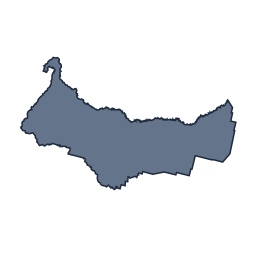 the district of Goondiwindi, Queensland, Australia, rotated 186°
{"feature_id": "25037944B7624735907381", "entity_name": "Goondiwindi", "entity_type": "district", "adm_level": 2, "iso_a3": "AUS", "parent_name": "Australia", "parent_adm1": "Queensland", "projection": "orthographic", "projection_center": [150.069, -28.463], "detail": "fine", "context": "isolated", "style": "filled", "palette": "slate", "viewbox_px": 256, "rotation_deg": 186, "n_neighbors": 0, "source": "geoboundaries", "source_scale": "gbopen_adm2", "svg_char_len": 5954}
<svg xmlns="http://www.w3.org/2000/svg" viewBox="0 0 256 256"><g transform="rotate(186 128 128)"><path d="M207.5,190.1L209.8,190.4L210.9,188.4L212.3,187.8L214.2,186.0L215.0,183.6L216.8,182.8L217.3,181.3L218.1,181.0L217.1,180.0L217.7,178.8L217.7,176.9L218.3,175.9L217.3,175.4L216.0,175.5L215.4,174.9L214.7,175.0L214.5,176.0L213.6,177.2L214.1,178.8L213.8,180.2L212.8,181.0L212.7,180.5L211.7,180.6L210.2,179.7L209.1,179.8L209.1,180.4L208.4,180.1L208.4,179.3L207.3,179.1L206.6,177.8L206.9,176.9L207.7,176.7L207.5,175.2L208.1,175.2L208.7,174.3L209.0,172.3L208.7,168.7L209.5,166.4L209.0,165.5L209.1,164.1L209.4,162.5L209.9,162.1L209.7,161.1L211.9,159.0L212.2,158.3L212.0,157.1L212.6,156.4L213.2,156.5L214.4,155.2L214.6,154.1L216.5,152.9L216.2,151.7L217.9,150.3L220.2,147.2L220.7,144.5L221.8,143.6L221.8,142.5L223.0,142.2L224.6,139.2L225.3,138.9L226.0,139.1L226.4,138.3L226.1,136.8L225.6,136.2L227.3,135.7L229.1,133.8L229.7,131.2L229.1,129.7L229.1,127.6L230.0,126.8L230.9,126.9L232.2,125.6L232.4,123.8L233.5,123.5L234.0,122.3L233.4,118.9L234.7,117.7L234.2,117.1L234.4,116.7L232.3,114.5L230.3,114.5L229.4,113.2L229.6,112.7L228.6,112.1L227.8,112.4L225.4,112.0L222.1,113.2L219.4,110.6L219.0,108.4L217.4,107.4L217.0,106.1L217.3,105.7L217.3,104.6L216.0,103.7L214.3,101.3L210.9,102.6L210.5,102.0L209.3,101.4L208.6,101.6L208.1,102.4L207.0,102.8L206.5,103.5L205.6,103.6L205.1,103.4L205.0,103.0L204.2,102.9L203.2,103.9L202.5,103.7L201.4,104.7L196.2,103.8L196.3,103.3L195.4,103.1L194.6,103.8L193.5,103.7L193.7,102.4L191.4,102.6L190.1,103.2L187.4,103.0L187.5,102.4L185.0,101.9L184.0,102.3L183.6,101.8L183.3,100.0L184.7,97.2L184.8,95.9L169.5,93.7L169.1,92.9L168.0,93.3L167.1,92.4L167.6,90.3L165.6,88.9L164.9,88.0L164.8,87.0L162.2,86.2L161.4,85.0L160.8,85.5L160.3,85.1L160.2,83.1L159.4,82.4L158.2,82.2L158.2,81.9L157.1,81.8L155.8,80.5L155.6,79.2L153.4,78.4L153.3,74.6L152.5,72.4L151.5,71.1L150.2,70.7L149.3,69.3L148.0,68.3L143.8,67.7L143.3,67.2L141.4,69.1L139.0,66.7L138.4,67.2L137.7,66.7L137.5,67.3L135.3,65.4L133.2,67.0L134.0,68.0L133.5,68.6L132.9,68.6L131.5,67.0L129.5,66.7L128.9,70.8L124.8,70.3L125.0,74.6L122.7,74.6L122.8,79.4L121.6,79.3L120.9,78.3L115.8,80.7L114.2,79.7L113.3,82.6L112.7,82.6L113.1,83.2L112.7,84.3L109.1,83.8L108.8,86.2L98.5,84.6L87.4,88.0L75.5,86.4L75.1,88.8L62.1,87.0L61.2,93.8L60.1,93.7L58.2,107.5L41.6,105.1L41.6,105.4L38.1,105.2L30.3,104.0L24.0,112.9L21.6,136.5L22.4,136.6L21.3,145.0L26.5,145.6L25.6,153.9L26.9,154.0L26.2,159.2L31.0,165.4L31.3,164.9L31.9,166.1L32.5,165.1L31.8,164.7L33.7,162.4L33.7,161.0L35.0,160.1L35.5,160.7L36.1,160.0L37.3,160.4L38.5,159.3L38.2,157.9L39.8,158.3L40.0,157.8L40.3,158.1L41.2,157.6L41.8,156.8L41.7,155.7L42.2,155.6L41.9,155.1L43.9,154.1L44.7,154.2L45.1,153.0L46.1,152.7L46.2,152.0L46.9,152.2L47.5,151.5L48.1,152.3L48.2,151.4L49.3,151.3L49.0,151.0L50.1,149.4L51.8,149.7L51.9,149.0L52.6,149.2L52.7,148.3L53.9,148.2L54.0,147.7L54.3,147.9L54.8,147.1L55.5,147.8L55.6,147.4L56.2,147.9L56.4,147.5L57.0,148.2L57.5,146.5L58.4,146.4L59.1,145.6L58.8,145.4L59.2,145.3L59.3,144.5L59.8,144.6L59.3,144.3L60.2,143.9L60.5,142.8L60.1,142.3L61.3,141.5L60.9,140.8L61.9,140.1L62.0,139.3L63.7,139.2L64.2,138.3L64.8,138.4L65.5,137.8L65.8,138.1L65.8,137.5L66.5,137.7L66.6,138.2L67.8,137.5L69.4,137.7L69.6,138.1L70.8,137.3L72.2,137.4L73.1,138.0L73.1,138.8L73.7,138.7L73.6,139.5L74.1,139.8L75.2,139.2L76.4,139.6L76.9,140.8L77.5,141.1L78.0,140.6L78.1,141.2L78.8,141.8L78.3,142.5L79.2,142.7L80.1,142.2L80.2,142.7L80.9,142.3L81.2,142.6L81.4,142.1L81.1,141.9L81.7,141.5L81.3,141.6L81.2,141.1L82.7,140.8L82.5,140.5L83.1,140.6L82.9,141.1L83.9,141.2L84.1,140.9L84.3,141.3L84.4,140.7L85.0,140.5L85.4,141.0L86.0,140.7L86.4,140.9L86.4,140.5L87.3,140.9L89.4,140.2L90.0,141.1L90.2,140.5L90.9,140.0L91.5,140.0L91.9,140.6L92.7,140.0L93.1,140.3L93.2,139.9L93.7,140.3L94.2,140.0L94.4,140.7L95.4,140.8L95.1,141.0L95.3,141.3L95.7,141.1L96.1,141.6L96.8,140.6L97.5,140.4L98.4,140.8L98.9,140.6L99.4,141.3L100.0,140.4L100.9,140.7L101.7,140.4L102.0,140.8L103.4,139.1L104.9,138.4L105.0,138.0L105.8,137.8L106.5,138.4L107.3,138.1L107.5,138.7L108.1,138.5L108.2,137.8L109.1,138.0L109.3,137.6L109.9,138.3L110.0,137.7L110.9,137.8L110.8,136.5L112.3,137.1L112.6,136.7L112.4,136.4L113.1,136.1L113.8,136.7L114.2,136.2L114.4,136.6L114.4,136.2L115.1,136.0L115.0,135.6L115.4,135.3L115.6,136.0L116.7,135.4L116.8,136.5L117.7,135.9L117.3,136.5L118.0,136.6L118.0,137.0L117.6,137.0L118.0,137.3L118.4,136.8L120.0,137.4L120.1,136.8L121.2,136.9L121.6,136.3L121.3,135.8L122.0,136.2L121.8,135.7L122.4,135.7L124.4,134.4L125.3,134.7L126.0,134.2L126.7,135.2L128.2,135.9L128.8,137.2L130.6,137.5L130.6,138.5L131.5,138.7L131.5,139.4L131.9,139.5L131.5,140.3L132.1,140.6L132.0,141.5L133.3,142.0L133.4,142.6L134.4,142.1L135.5,142.7L135.3,144.1L136.3,144.1L137.5,145.3L138.6,145.2L138.8,145.7L139.9,145.0L140.5,145.3L140.9,144.7L143.0,145.1L143.8,144.5L144.9,144.9L143.9,145.4L144.0,145.8L145.8,146.0L146.1,145.3L145.6,144.8L146.1,144.4L146.6,145.2L148.2,144.6L149.6,145.4L149.6,145.9L150.9,146.2L151.5,145.8L152.0,146.5L152.7,145.4L155.2,144.2L155.8,145.1L156.6,144.5L157.9,144.3L158.0,143.7L159.3,142.9L161.1,142.8L161.4,143.3L162.4,143.2L164.6,144.7L166.3,144.8L166.3,145.6L168.6,146.3L169.7,147.5L170.2,147.4L170.5,148.1L171.0,147.6L171.4,148.2L172.1,147.6L173.0,147.6L173.6,148.5L174.3,148.5L174.8,149.0L174.9,150.5L175.4,151.3L175.9,151.1L176.4,151.8L177.3,151.9L177.8,151.4L178.5,151.5L180.8,152.2L182.2,154.0L182.2,154.8L181.5,155.0L182.0,155.8L181.9,156.8L182.6,156.8L183.3,157.5L182.8,159.6L183.4,161.2L184.0,161.3L184.1,161.7L185.4,161.3L186.3,160.4L187.9,160.6L187.9,161.2L189.5,161.8L190.0,162.6L192.2,163.1L193.1,164.4L194.0,164.2L195.2,164.8L196.3,166.5L197.4,166.9L197.8,166.6L198.4,168.2L200.8,169.6L201.3,171.3L200.6,172.5L201.4,173.3L200.9,173.8L201.5,176.3L200.5,177.5L201.6,178.1L201.6,179.0L201.9,179.4L200.7,181.6L201.0,183.5L201.9,184.8L202.7,184.8L203.9,187.0L203.3,187.7L203.7,189.4L205.5,190.6L207.5,190.1Z" fill="#64748b" stroke="#1e293b" stroke-width="1.5"/></g></svg>